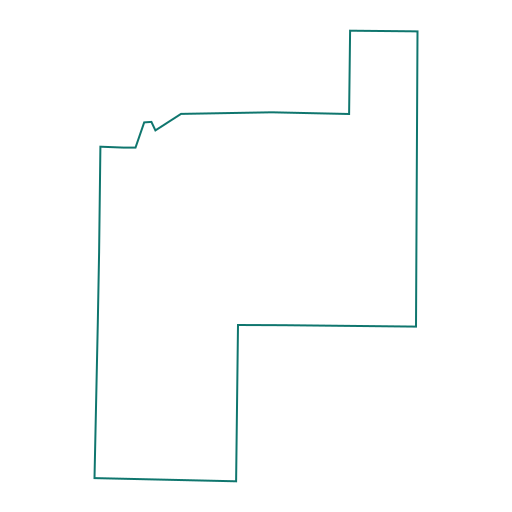 the district of Phelps, Missouri, United States of America
{"feature_id": "52423323B59210924893707", "entity_name": "Phelps", "entity_type": "district", "adm_level": 2, "iso_a3": "USA", "parent_name": "United States of America", "parent_adm1": "Missouri", "projection": "albers", "projection_center": [-91.813, 37.876], "detail": "fine", "context": "isolated", "style": "outline", "palette": "teal", "viewbox_px": 512, "rotation_deg": 0, "n_neighbors": 0, "source": "geoboundaries", "source_scale": "gbopen_adm2", "svg_char_len": 360}
<svg xmlns="http://www.w3.org/2000/svg" viewBox="0 0 512 512"><path d="M411.5,31.3L350.1,30.7L349.1,114.0L271.8,112.3L181.0,113.9L155.4,130.4L151.4,121.9L144.2,122.4L135.5,147.6L123.7,147.6L100.4,146.7L99.1,252.2L97.8,322.9L94.5,478.1L236.1,481.3L238.0,325.0L284.3,325.2L416.0,326.6L417.5,31.4L411.5,31.3Z" fill="none" stroke="#0f766e" stroke-width="2"/></svg>